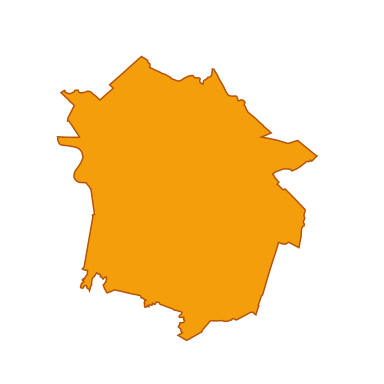 Gaiseni, Giurgiu, Romania (Robinson projection), rotated 167°
{"feature_id": "2599482B30657181659472", "entity_name": "Gaiseni", "entity_type": "district", "adm_level": 2, "iso_a3": "ROU", "parent_name": "Romania", "parent_adm1": "Giurgiu", "projection": "robinson", "projection_center": [25.635, 44.506], "detail": "fine", "context": "isolated", "style": "filled", "palette": "amber", "viewbox_px": 384, "rotation_deg": 167, "n_neighbors": 0, "source": "geoboundaries", "source_scale": "gbopen_adm2", "svg_char_len": 5990}
<svg xmlns="http://www.w3.org/2000/svg" viewBox="0 0 384 384"><g transform="rotate(167 192 192)"><path d="M248.2,315.0L245.4,310.9L261.1,302.3L261.3,302.4L261.9,303.6L263.8,306.7L265.7,308.9L267.8,311.8L268.6,312.6L270.7,313.7L270.9,313.8L272.5,313.4L274.4,313.3L276.8,313.5L278.4,313.8L279.2,314.1L279.6,314.5L279.8,315.3L280.0,316.4L280.4,317.0L282.2,317.3L283.4,317.3L284.0,316.3L284.9,316.0L287.7,315.3L288.9,315.3L291.0,316.1L293.1,317.9L293.3,318.4L292.9,319.4L293.2,319.7L294.8,319.3L297.3,318.3L291.5,309.5L290.4,307.4L288.6,305.1L288.0,304.0L287.5,303.4L287.3,303.0L287.4,302.6L296.3,291.9L296.5,291.4L297.3,289.2L296.7,289.1L296.2,288.9L295.3,287.2L294.0,283.9L291.6,277.3L290.1,273.5L289.3,270.6L301.7,273.5L310.5,276.0L310.4,275.5L311.0,273.6L311.0,272.3L310.7,269.9L310.4,268.8L309.6,268.0L308.9,267.4L307.1,266.5L301.8,264.7L296.9,262.6L293.9,260.9L293.1,260.3L292.1,259.1L290.9,257.0L290.4,255.6L290.3,251.3L290.7,249.8L292.9,246.5L294.4,244.8L297.7,241.6L300.1,239.7L301.2,238.5L302.2,237.1L303.0,235.5L303.3,234.5L303.6,233.0L303.4,231.5L303.1,230.5L301.9,228.7L301.3,227.9L300.6,227.3L299.9,226.8L292.8,224.7L292.8,223.9L290.6,219.6L290.2,217.4L289.8,217.4L292.1,192.0L294.2,192.0L294.2,190.1L314.0,143.2L316.2,141.7L314.9,140.5L314.1,140.1L312.6,139.6L311.4,139.0L311.3,138.7L311.8,138.3L312.3,135.7L313.5,134.7L314.3,133.9L314.7,133.3L315.7,132.7L315.9,131.9L316.0,131.6L316.5,131.4L316.8,131.6L316.8,131.8L317.5,131.9L318.5,131.2L318.7,130.5L318.0,130.3L317.7,129.9L317.5,129.0L317.6,128.7L319.0,128.4L319.8,127.9L320.8,126.9L322.0,124.5L322.0,124.0L321.1,123.1L320.5,123.0L319.8,123.0L319.4,123.1L319.3,123.6L318.3,124.5L317.0,124.9L316.2,124.7L315.7,124.3L315.6,123.8L316.2,122.5L314.7,120.7L314.2,120.2L314.1,119.1L313.8,119.7L313.2,120.2L313.0,121.1L312.1,122.6L310.5,124.4L310.6,125.5L308.8,129.8L307.9,130.8L306.9,131.2L306.0,131.9L305.4,132.4L304.8,133.1L303.2,134.6L302.7,134.5L302.9,134.1L302.2,133.8L301.7,133.1L301.0,132.6L300.3,132.5L299.8,132.0L299.8,131.2L300.3,130.8L300.4,130.3L299.3,129.2L298.7,128.3L298.2,127.1L297.6,127.4L297.0,128.0L296.4,128.3L295.6,128.5L294.4,128.3L294.9,126.6L295.7,125.0L295.9,124.0L297.0,123.4L297.6,122.6L298.4,121.9L299.5,121.4L299.4,120.5L299.2,119.7L299.0,117.6L298.7,116.8L298.0,114.2L297.7,113.3L297.4,112.8L296.6,112.8L295.2,113.1L294.1,113.1L289.4,114.1L287.5,113.1L285.5,112.1L283.9,111.5L281.5,110.2L281.1,110.0L273.5,106.3L266.4,103.1L265.8,102.7L265.5,102.1L265.4,100.6L265.1,100.1L264.1,99.9L263.5,99.6L262.7,98.0L261.7,97.5L261.3,97.2L261.1,96.9L262.6,96.4L263.5,94.6L263.5,94.2L263.1,94.1L263.2,93.6L263.6,92.9L263.9,92.0L264.0,91.2L263.8,90.3L263.3,90.1L262.6,90.3L261.6,90.8L261.5,91.2L261.0,91.3L260.8,90.9L260.7,90.3L260.2,89.9L259.8,89.9L259.6,90.1L259.9,91.0L259.2,91.4L258.9,91.8L258.3,91.9L257.1,90.9L256.6,90.7L256.2,90.9L255.9,91.3L255.7,92.3L255.1,92.6L254.8,92.5L254.3,91.3L253.5,90.7L253.3,90.8L253.1,91.3L252.1,92.0L251.6,92.6L251.2,92.8L250.8,92.7L250.0,92.0L248.9,91.8L248.3,89.6L246.8,88.9L237.4,82.6L236.8,82.2L236.0,81.0L233.8,80.1L229.4,77.6L229.0,77.2L228.9,76.8L229.2,76.1L229.5,75.7L231.8,74.5L232.3,74.0L232.7,73.4L232.6,72.9L232.3,72.6L229.6,72.0L228.6,72.1L228.2,71.8L228.2,71.2L228.8,69.9L228.8,69.4L228.2,68.5L228.4,67.8L229.2,67.1L229.9,66.8L230.7,66.7L231.6,66.9L232.3,67.2L232.9,67.3L233.4,67.1L233.8,65.5L234.5,64.8L235.1,64.6L235.6,63.7L235.6,63.3L233.8,61.2L233.6,60.5L234.0,59.7L234.0,58.9L233.4,57.5L233.0,57.1L237.9,55.5L230.6,48.6L213.7,53.6L213.5,54.4L212.8,55.2L203.1,62.3L201.4,62.1L198.8,61.3L196.9,60.8L191.9,60.0L190.8,59.7L190.0,58.9L188.2,58.4L185.9,58.1L183.5,58.5L183.0,58.3L182.1,58.6L181.2,59.3L180.4,59.5L178.4,57.9L177.9,58.0L177.5,57.3L163.2,61.2L162.7,61.5L160.4,61.4L159.1,60.4L158.8,59.4L157.3,58.0L156.8,59.2L152.4,66.3L152.9,66.9L147.8,75.0L146.8,75.5L146.0,76.5L135.3,95.6L127.8,108.4L123.8,114.9L119.0,123.4L115.9,121.3L112.9,120.1L109.2,121.3L108.3,120.7L103.5,116.4L100.3,113.7L97.7,119.9L96.0,123.3L93.6,131.4L92.0,133.4L91.3,133.7L90.4,133.8L89.7,135.7L90.2,136.6L90.4,137.5L90.3,137.8L88.2,140.8L88.0,142.1L88.2,143.2L88.4,143.4L87.7,145.1L85.8,148.8L85.7,149.3L91.3,158.8L97.1,168.4L99.8,172.6L100.6,174.0L102.5,173.7L102.9,173.8L106.7,179.9L106.9,180.2L107.3,180.5L105.1,182.0L108.3,187.9L108.1,188.4L108.1,188.6L109.4,191.1L109.4,191.3L106.8,192.5L105.7,192.9L97.4,193.9L91.5,192.3L91.2,192.0L89.9,190.1L89.2,190.2L85.1,190.9L81.8,192.0L79.5,193.0L73.6,195.8L72.7,195.8L71.3,195.3L70.7,195.5L69.7,196.1L69.5,196.4L68.7,195.4L68.4,195.1L65.7,196.7L64.5,197.6L63.3,198.3L62.6,198.5L62.0,199.0L63.2,200.0L77.3,218.3L78.6,218.4L87.5,217.6L97.4,223.3L104.0,226.4L112.0,229.9L101.5,231.7L103.5,234.6L107.2,239.5L107.1,239.8L107.6,240.2L107.7,240.8L109.2,242.9L109.8,243.7L114.1,250.1L119.7,257.5L119.6,258.5L120.2,259.3L120.5,261.6L120.8,262.6L121.0,263.7L121.6,264.8L121.5,265.1L121.3,265.7L120.4,267.0L120.2,267.4L120.5,268.4L121.3,269.6L122.4,270.4L123.4,270.8L125.0,270.4L125.8,270.3L126.4,270.5L126.6,271.0L126.5,272.9L126.9,274.0L126.8,275.0L127.1,275.3L128.2,275.8L131.1,276.3L132.7,276.8L134.5,278.0L135.2,278.9L136.1,281.3L137.7,288.2L140.1,295.9L141.2,300.6L142.6,305.0L142.9,306.3L143.6,306.9L144.5,307.3L146.1,302.4L147.4,300.7L147.9,300.3L148.5,300.1L150.7,300.2L151.5,299.4L152.8,298.6L154.2,298.4L155.5,297.8L156.0,297.2L156.6,295.8L156.9,294.8L157.2,294.6L159.1,296.3L159.6,297.9L159.5,298.6L158.7,300.1L158.6,300.6L158.8,301.0L159.6,301.7L161.5,302.0L163.5,302.8L163.9,303.1L164.2,303.6L164.8,305.2L165.2,305.5L169.3,305.7L170.0,305.6L174.0,304.6L175.3,304.2L176.3,303.6L179.2,303.0L179.9,303.1L181.1,303.5L185.7,306.5L186.5,307.3L187.0,308.2L187.1,308.6L190.0,311.0L191.9,312.9L193.2,313.3L194.6,314.5L196.2,315.7L196.1,315.8L205.3,322.9L205.4,323.2L204.5,324.1L204.5,325.1L204.3,326.0L204.4,326.5L204.8,327.0L205.7,328.4L205.8,328.9L205.6,329.5L205.7,330.0L205.9,330.6L206.2,330.9L208.7,333.5L209.8,334.4L210.3,335.0L210.5,335.4L213.5,334.0L237.3,320.8L248.2,315.0Z" fill="#f59e0b" stroke="#b45309" stroke-width="1.5"/></g></svg>